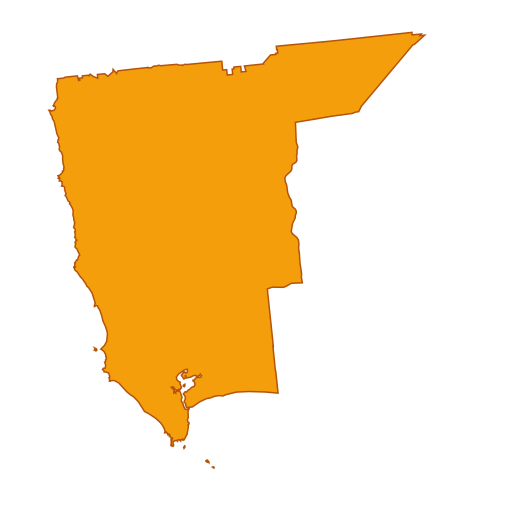 Augusta Margaret River, Western Australia, Australia, rotated 354°
{"feature_id": "25037944B11828737752872", "entity_name": "Augusta Margaret River", "entity_type": "district", "adm_level": 2, "iso_a3": "AUS", "parent_name": "Australia", "parent_adm1": "Western Australia", "projection": "natural_earth1", "projection_center": [115.105, -34.115], "detail": "fine", "context": "isolated", "style": "filled", "palette": "amber", "viewbox_px": 512, "rotation_deg": 354, "n_neighbors": 0, "source": "geoboundaries", "source_scale": "gbopen_adm2", "svg_char_len": 5905}
<svg xmlns="http://www.w3.org/2000/svg" viewBox="0 0 512 512"><g transform="rotate(354 256 256)"><path d="M77.1,58.9L76.9,62.1L75.8,63.7L75.2,66.9L75.4,77.7L74.8,78.2L75.1,78.9L72.4,81.7L71.2,83.4L70.5,85.0L70.0,85.2L70.4,86.1L71.4,85.9L71.8,86.3L72.1,88.1L70.7,89.7L68.1,90.5L66.3,89.4L65.2,89.4L66.1,91.0L66.4,93.2L67.9,96.1L67.8,98.1L69.3,101.1L70.8,113.8L72.2,117.8L71.8,119.6L71.3,119.7L70.6,122.1L71.7,123.7L71.7,125.4L72.2,126.3L71.4,129.1L71.7,130.5L73.4,132.7L74.2,135.9L73.8,139.2L73.8,144.1L74.4,147.5L73.8,149.1L74.0,150.0L73.2,151.1L72.4,151.3L72.7,152.0L72.2,152.7L70.3,154.3L69.0,155.2L67.4,155.4L67.8,156.4L68.4,156.8L67.9,157.4L68.7,157.2L69.1,157.8L69.0,158.2L68.1,158.6L68.8,159.3L68.2,160.8L69.3,160.8L71.0,162.1L70.7,162.5L70.8,164.5L69.9,166.1L72.1,166.7L72.9,167.9L72.6,170.2L73.6,174.3L72.5,175.8L73.5,177.3L74.9,181.6L76.5,183.3L76.0,184.6L76.7,185.4L78.4,189.4L78.9,191.9L78.2,196.4L78.7,199.2L78.6,201.1L79.3,204.1L78.6,205.2L78.7,206.4L77.6,208.0L78.0,208.5L78.0,209.5L78.8,210.1L79.1,211.5L78.7,212.6L78.2,212.9L78.6,216.2L77.6,218.5L78.3,219.0L78.3,220.0L79.5,221.5L79.1,222.2L78.4,222.1L77.6,223.3L77.4,224.1L78.0,224.7L76.9,228.1L78.6,230.3L80.8,236.7L79.6,237.7L78.4,240.8L77.6,241.4L77.1,241.2L76.1,242.9L75.0,243.7L74.9,244.2L75.4,244.6L74.7,246.2L74.8,247.3L73.7,247.7L73.6,248.2L74.9,248.4L74.1,249.1L74.1,250.3L75.0,251.8L76.3,252.8L79.3,258.6L80.6,260.1L83.8,265.8L84.7,268.5L86.1,269.8L89.1,275.7L91.2,285.9L90.5,287.0L90.7,288.3L90.1,288.4L90.0,289.4L92.1,288.6L93.2,289.0L93.3,290.1L94.9,293.3L96.4,299.7L96.9,304.3L98.9,310.3L100.0,315.4L100.1,318.1L98.6,325.2L96.1,329.0L91.9,332.4L94.2,334.2L95.1,335.6L96.1,338.3L96.3,339.6L96.0,340.4L96.5,341.0L96.6,342.2L95.4,343.8L95.6,344.5L95.2,345.4L94.3,345.8L95.1,348.5L94.5,351.0L94.2,351.8L92.4,351.7L91.5,352.8L92.7,354.2L92.8,355.4L94.0,355.4L97.2,357.0L98.0,360.6L97.0,361.7L97.5,362.1L97.2,364.6L97.6,364.3L97.7,365.2L98.1,365.3L99.2,364.8L102.3,365.1L106.3,368.0L113.2,377.4L116.0,380.3L119.9,383.6L123.8,388.7L128.9,399.0L132.7,401.5L139.5,407.1L143.9,412.2L145.5,415.1L147.0,419.0L147.1,421.5L146.6,422.3L147.2,422.4L147.8,421.4L148.2,421.6L148.6,422.4L148.9,422.3L149.6,424.2L149.8,423.8L150.8,424.0L150.9,425.7L151.5,425.1L152.1,427.8L153.8,428.2L153.8,429.1L152.9,429.2L152.2,429.8L152.3,430.5L152.9,430.6L152.3,431.5L152.0,434.6L151.5,435.0L151.8,435.9L152.4,436.2L152.8,435.9L153.5,436.6L154.1,436.2L154.3,435.3L153.9,433.7L154.1,431.9L157.4,431.0L158.0,431.5L158.4,431.2L158.7,431.9L159.3,430.8L160.3,430.5L161.7,432.1L161.9,430.8L163.3,431.1L163.9,430.3L164.4,431.6L165.2,431.4L168.9,426.0L170.6,419.7L171.0,418.0L170.7,416.9L171.6,416.4L171.9,415.5L172.0,414.9L171.2,414.4L170.6,411.9L171.8,409.5L172.1,403.9L172.4,402.6L173.5,401.0L173.5,400.2L173.1,399.9L173.0,400.7L172.4,401.1L170.5,401.2L169.7,401.1L169.0,400.1L168.9,399.1L168.1,397.6L168.3,396.4L166.6,392.6L166.8,390.6L167.7,388.7L166.4,383.3L165.4,382.1L163.6,382.1L163.1,382.5L162.3,382.2L161.9,382.8L161.8,383.9L161.1,382.9L160.0,383.7L160.0,382.8L160.7,381.6L160.6,381.0L159.8,380.2L159.2,378.2L158.3,378.3L157.9,378.0L158.2,377.6L157.5,377.5L160.0,377.4L161.7,380.2L162.9,381.0L164.0,381.2L165.3,380.5L166.1,381.2L166.6,381.1L167.1,380.0L168.1,379.4L167.5,376.2L166.8,375.1L167.5,373.8L167.3,373.3L165.7,372.5L164.3,370.7L164.2,367.9L166.8,365.2L173.3,361.6L175.9,361.5L176.0,362.2L175.3,364.7L174.3,365.1L173.2,364.6L173.2,363.9L172.1,363.8L169.3,366.8L171.4,370.8L171.9,370.7L173.2,369.3L173.4,368.1L172.6,367.4L173.9,367.9L173.4,369.6L173.9,370.1L178.2,369.7L181.4,368.4L183.6,368.4L183.8,369.1L184.8,369.6L187.4,368.8L188.2,367.6L189.4,369.5L188.2,370.9L185.1,370.6L182.8,371.3L181.9,372.9L180.3,372.9L180.3,373.6L181.7,375.1L181.8,377.9L181.1,379.0L178.0,380.0L176.4,381.4L173.9,382.7L172.8,384.0L171.3,383.6L169.3,385.6L170.7,387.8L170.9,390.4L169.1,393.7L170.6,395.3L170.5,397.3L170.9,399.0L171.4,399.4L176.8,399.5L184.7,395.2L191.7,392.7L195.1,392.5L200.6,391.1L204.9,391.0L208.4,391.7L211.5,390.8L222.0,389.3L234.6,390.0L250.9,392.2L263.6,394.7L263.6,373.1L263.3,370.9L263.4,347.4L263.8,347.6L263.8,289.9L269.0,288.7L279.8,290.0L282.6,289.4L288.3,286.8L299.3,287.5L298.9,281.9L299.5,278.6L299.0,267.1L299.4,258.7L299.2,252.3L299.9,249.1L299.9,244.7L298.7,242.1L294.2,237.2L293.6,235.1L295.8,227.4L298.9,222.4L299.5,219.5L300.5,217.6L300.7,215.4L300.0,213.5L297.8,211.2L297.2,209.9L296.8,204.0L295.5,201.3L294.2,196.8L293.9,188.7L292.9,185.0L292.8,181.8L293.5,180.2L294.4,179.1L299.4,175.4L300.7,173.3L301.1,170.3L302.0,168.7L305.4,167.0L306.7,165.1L306.8,160.7L307.5,158.8L307.8,155.5L309.0,152.0L307.9,147.1L309.2,127.2L346.3,124.9L366.5,124.3L370.1,123.3L373.2,123.2L376.5,118.0L434.0,62.5L435.8,62.0L446.8,54.0L442.1,54.0L443.6,52.5L434.4,52.4L434.5,49.9L354.3,50.1L298.1,49.5L298.1,53.0L298.8,53.0L298.8,56.5L296.7,56.5L296.7,57.6L291.4,57.6L283.5,65.0L283.6,65.8L264.3,65.8L265.4,71.4L260.6,71.4L260.6,65.8L253.8,65.8L253.5,67.6L251.8,67.6L251.8,73.0L246.3,73.0L246.3,67.6L242.3,67.6L242.3,60.6L242.5,59.6L242.3,58.7L206.8,58.3L205.2,57.9L202.8,58.8L202.3,58.3L199.6,58.2L197.4,57.1L181.2,56.8L179.1,56.1L177.0,56.7L174.3,56.4L171.6,57.8L169.8,57.9L168.4,57.1L168.2,57.6L166.8,57.2L138.2,57.4L137.0,58.6L136.5,60.0L133.4,55.5L132.9,57.9L127.5,61.8L124.5,58.9L117.2,58.9L117.2,62.6L113.1,60.6L110.1,57.8L108.9,59.2L108.8,58.7L102.1,58.7L102.1,60.7L98.9,60.7L99.2,62.7L97.9,63.0L97.2,58.2L84.8,58.2L83.2,59.0L77.1,58.9ZM186.7,454.9L186.9,454.6L186.2,453.8L184.7,454.4L184.9,455.2L185.7,455.8L186.9,456.3L187.3,456.0L187.6,456.5L187.7,455.9L186.7,454.9ZM85.3,332.7L86.9,333.7L87.9,332.9L87.7,331.8L85.9,330.6L86.5,331.9L85.3,332.7ZM170.0,377.9L171.2,378.5L171.8,377.3L171.8,376.1L170.3,376.9L170.0,377.9ZM164.3,439.8L165.4,438.6L165.3,436.7L165.0,437.8L164.0,438.7L164.3,439.8ZM190.8,461.3L191.4,461.6L191.4,462.2L192.0,462.5L192.3,461.9L191.4,461.1L190.8,461.3Z" fill="#f59e0b" stroke="#b45309" stroke-width="1.5"/></g></svg>